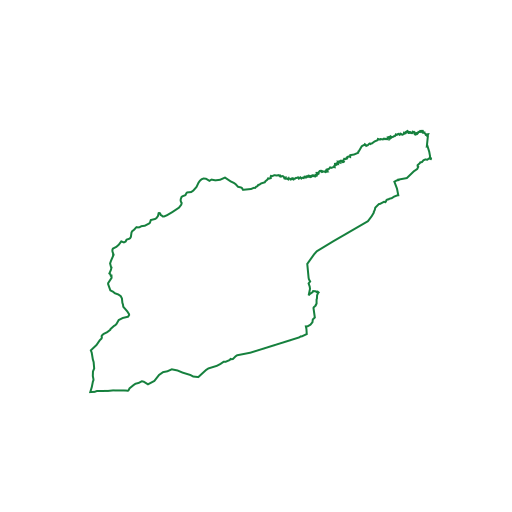 the district of Agapia, Neamt, Romania, rotated 337°
{"feature_id": "2599482B12008574205050", "entity_name": "Agapia", "entity_type": "district", "adm_level": 2, "iso_a3": "ROU", "parent_name": "Romania", "parent_adm1": "Neamt", "projection": "robinson", "projection_center": [26.288, 47.161], "detail": "fine", "context": "isolated", "style": "outline", "palette": "green", "viewbox_px": 512, "rotation_deg": 337, "n_neighbors": 0, "source": "geoboundaries", "source_scale": "gbopen_adm2", "svg_char_len": 6119}
<svg xmlns="http://www.w3.org/2000/svg" viewBox="0 0 512 512"><g transform="rotate(337 256 256)"><path d="M106.4,331.9L113.6,331.3L120.3,327.6L125.1,326.6L129.4,327.5L134.2,327.4L139.0,330.7L142.8,334.6L149.1,339.9L151.1,342.4L155.6,344.9L165.5,341.4L168.2,340.9L177.0,341.8L180.9,341.5L185.0,340.7L186.6,341.5L191.1,341.5L192.4,340.8L193.2,341.5L194.5,341.8L197.9,340.4L199.8,340.0L213.0,342.8L263.8,347.8L265.9,347.5L266.6,347.9L272.2,347.7L273.9,342.9L274.4,340.3L276.0,340.9L279.3,340.5L282.1,339.0L283.5,336.6L286.1,335.6L288.6,326.3L289.1,325.8L291.7,324.9L292.0,324.2L293.1,323.6L294.7,319.8L295.5,318.9L296.9,316.0L298.6,314.4L299.4,314.0L298.8,312.8L297.6,312.8L297.3,311.9L294.9,310.6L293.9,311.4L290.4,312.1L289.1,312.8L292.9,307.3L293.5,305.0L293.7,301.8L295.9,300.6L295.6,298.2L295.9,296.6L300.1,283.3L310.2,277.1L313.8,275.4L333.1,272.6L372.6,267.7L378.0,264.6L381.4,262.1L381.6,261.5L383.4,259.9L384.7,258.1L389.4,256.2L390.5,256.5L395.1,256.1L396.0,257.0L396.9,256.6L397.8,255.6L399.0,255.3L400.2,255.7L401.0,255.4L403.5,255.8L406.4,255.3L409.6,255.4L410.7,255.7L412.1,249.1L412.4,241.7L415.0,241.4L416.7,241.8L416.8,241.3L425.3,243.2L434.4,239.7L438.4,238.9L440.2,237.3L439.9,236.2L440.3,235.5L443.0,234.6L443.8,234.0L445.4,234.4L447.6,233.3L449.7,233.3L451.2,234.3L453.0,233.9L453.8,234.1L454.8,235.1L455.1,234.9L455.2,234.3L454.6,233.1L455.2,232.2L456.2,227.7L456.8,221.8L456.1,221.8L461.0,212.9L460.6,212.5L461.7,211.5L461.0,211.3L461.5,211.0L459.7,210.5L459.8,210.0L459.1,208.8L459.3,208.1L458.0,207.8L458.4,206.0L457.5,205.6L456.9,206.3L456.6,205.8L456.8,205.5L456.0,205.0L455.8,205.1L455.9,205.8L455.5,206.0L454.0,205.2L453.1,206.1L452.3,205.7L452.1,206.1L452.4,206.4L451.9,206.7L451.3,206.7L450.5,206.2L450.0,206.4L449.8,205.9L450.4,205.6L450.2,205.2L450.6,205.1L449.9,204.6L450.3,204.1L450.0,203.5L448.9,203.5L449.0,203.0L448.8,202.8L447.7,203.9L446.9,203.5L446.6,202.7L446.1,202.9L444.5,202.4L444.3,202.0L445.3,201.6L444.6,201.2L444.3,200.1L442.2,200.4L442.3,200.9L441.8,201.5L440.9,201.4L440.3,200.6L439.9,201.4L438.2,201.6L437.1,200.7L437.3,200.4L437.0,200.0L436.4,200.5L435.4,200.5L435.2,199.3L434.2,199.2L432.9,199.6L432.3,198.7L430.7,199.9L429.9,199.6L429.0,199.9L427.5,199.7L427.0,199.0L426.7,200.0L426.1,200.1L425.8,199.7L425.1,200.2L425.2,199.4L424.5,199.0L424.9,198.4L423.9,198.3L424.1,199.0L423.5,199.0L423.0,200.0L422.4,199.3L422.0,199.5L421.3,199.2L421.1,198.8L420.3,198.8L419.8,198.0L419.3,197.9L418.4,198.3L416.3,197.0L415.6,197.3L414.0,195.9L413.2,196.9L409.9,196.9L406.5,197.7L405.5,197.4L405.1,197.6L404.7,196.9L404.2,196.9L402.1,197.7L400.5,197.7L400.5,196.7L399.9,195.7L399.3,196.3L398.5,196.0L396.2,196.3L391.7,199.7L391.1,199.8L390.4,200.9L385.9,200.9L382.2,200.0L381.4,201.6L380.6,200.7L379.1,200.5L378.1,200.8L378.4,201.4L377.8,201.9L375.9,201.7L375.2,201.0L373.4,202.3L373.8,203.5L373.4,203.7L372.6,203.6L371.7,202.8L371.9,201.8L371.5,201.4L371.0,201.4L370.9,202.0L368.6,201.2L369.1,202.5L367.9,201.7L367.2,202.0L367.5,202.7L367.4,203.3L366.9,202.9L365.5,203.0L365.1,202.1L364.7,202.0L364.3,202.8L364.9,203.5L363.4,203.6L363.1,205.0L362.2,204.4L359.8,204.3L358.9,203.4L357.4,204.3L354.6,204.0L354.4,204.2L355.5,204.6L355.4,205.0L354.2,205.0L354.7,206.2L353.0,205.8L352.1,206.4L352.8,205.4L351.3,204.6L349.5,204.5L349.4,204.3L349.8,203.4L349.1,202.9L348.4,203.2L347.8,202.7L345.8,203.8L344.3,203.2L344.2,203.9L345.2,204.8L343.8,205.1L343.4,205.6L342.4,204.6L341.8,205.3L342.0,205.9L341.7,206.0L340.0,204.8L340.6,204.5L340.3,204.1L339.5,204.0L339.8,204.4L339.4,204.5L339.0,204.4L339.1,203.8L338.7,203.8L338.1,204.5L337.5,203.8L337.0,204.0L337.0,204.6L336.7,204.6L336.2,203.9L335.6,203.7L336.1,202.8L335.7,202.5L334.8,203.0L334.2,202.5L333.5,203.3L333.1,203.4L332.5,203.2L332.7,202.7L332.2,202.0L331.5,201.9L330.3,202.9L329.2,202.0L328.0,202.4L327.5,200.9L325.7,201.5L325.4,200.0L324.0,200.1L323.3,199.7L321.9,200.1L320.8,199.3L320.9,199.7L320.4,200.2L319.6,199.3L318.3,199.2L318.5,198.8L316.5,197.8L316.5,197.2L316.0,197.5L315.4,197.1L315.3,197.7L314.0,196.2L313.5,196.5L313.0,196.2L312.7,195.9L313.5,195.2L312.5,195.0L312.5,194.0L312.1,193.2L311.4,192.7L309.9,192.7L309.3,192.2L309.4,191.8L309.2,191.6L309.7,191.4L309.6,191.1L308.9,191.0L308.2,190.3L306.7,190.1L304.5,188.8L302.0,188.8L301.1,188.1L300.5,188.7L300.0,190.1L297.8,189.8L297.5,189.3L296.2,190.2L293.8,190.9L292.9,191.6L289.1,191.2L286.9,191.7L285.9,191.4L284.6,192.3L283.1,192.3L281.9,193.0L280.5,192.4L277.7,192.4L269.9,190.0L269.6,187.9L268.9,187.0L266.5,185.3L265.3,181.9L264.2,180.1L261.8,177.4L258.1,171.7L252.7,171.8L248.2,170.5L244.9,168.3L242.5,168.6L240.2,165.4L238.1,164.2L235.9,164.1L233.8,164.8L231.8,166.0L228.2,169.2L223.8,171.3L221.3,171.8L217.5,170.6L216.6,170.9L214.8,172.4L211.8,172.3L210.6,172.5L208.9,174.3L208.3,175.5L208.1,176.8L208.3,178.1L208.0,178.6L207.2,179.6L204.0,181.4L196.0,182.9L189.9,183.7L186.8,183.7L185.6,183.2L185.1,182.0L184.3,181.1L184.4,179.3L183.6,178.5L183.1,178.5L181.5,180.8L179.2,182.2L177.7,182.5L173.2,181.8L171.4,183.9L170.4,184.3L165.5,184.7L162.2,183.8L159.9,184.0L158.3,183.5L157.4,182.8L156.8,182.9L154.0,184.2L151.7,184.8L150.6,185.7L148.3,189.5L147.1,190.4L146.1,190.6L143.4,190.4L142.6,190.8L141.8,191.7L140.2,191.9L139.6,191.8L137.7,189.9L134.1,192.0L131.1,193.0L127.1,193.3L126.1,194.4L125.6,195.9L125.4,199.0L125.0,198.9L124.4,200.2L120.8,203.6L118.8,205.8L118.2,209.7L118.5,210.1L117.0,212.1L114.2,214.8L114.8,215.9L114.6,217.4L115.3,217.6L114.5,219.7L109.3,223.2L108.9,224.0L108.5,230.7L110.5,233.1L111.5,235.1L114.2,237.6L115.8,240.1L116.0,242.7L114.7,246.9L114.6,248.6L114.0,250.9L115.9,256.8L116.4,259.9L116.2,260.7L114.5,261.9L109.2,261.0L104.6,261.3L101.1,264.0L99.5,264.7L97.9,264.9L93.5,266.4L93.0,267.0L89.1,268.0L85.2,268.2L83.0,269.0L82.5,269.6L82.4,270.5L81.6,271.6L79.3,272.5L74.4,275.6L67.1,278.3L67.0,280.8L65.4,287.4L65.1,290.2L63.1,296.3L60.8,298.6L58.9,302.7L58.2,306.0L57.7,307.0L56.9,307.7L53.7,312.4L50.3,316.5L54.4,318.0L56.7,318.1L67.1,322.4L71.7,323.8L83.5,328.9L85.4,330.0L86.2,329.8L87.9,328.4L92.7,327.0L95.1,326.5L98.5,327.0L102.0,326.7L103.6,327.9L106.4,331.9Z" fill="none" stroke="#15803d" stroke-width="2"/></g></svg>